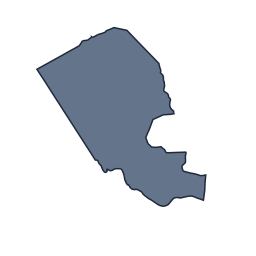 the district of Vanard, Anse-la-Raye, Saint Lucia, rotated 154°
{"feature_id": "8701671B51566327672106", "entity_name": "Vanard", "entity_type": "district", "adm_level": 2, "iso_a3": "LCA", "parent_name": "Saint Lucia", "parent_adm1": "Anse-la-Raye", "projection": "mercator", "projection_center": [-60.995, 13.938], "detail": "fine", "context": "isolated", "style": "filled", "palette": "slate", "viewbox_px": 256, "rotation_deg": 154, "n_neighbors": 0, "source": "geoboundaries", "source_scale": "gbopen_adm2", "svg_char_len": 3976}
<svg xmlns="http://www.w3.org/2000/svg" viewBox="0 0 256 256"><g transform="rotate(154 128 128)"><path d="M86.7,81.0L95.4,84.9L102.2,87.9L102.8,88.2L103.0,88.3L103.4,88.5L104.1,88.9L104.2,89.0L104.3,89.3L104.6,89.8L104.6,90.1L104.7,90.7L104.7,91.0L104.5,91.6L104.5,91.8L104.5,92.0L104.7,92.4L104.7,92.7L104.9,93.1L105.1,93.3L105.3,93.9L105.5,94.2L105.8,94.9L106.0,95.3L106.1,95.5L106.4,96.6L107.5,97.0L109.3,97.6L111.7,98.5L112.5,99.0L115.2,100.6L116.1,103.3L116.7,104.6L116.9,105.2L116.2,111.6L114.1,113.5L112.6,114.8L109.5,117.4L101.8,124.7L90.5,124.4L85.4,122.3L83.4,121.5L83.2,121.4L81.5,121.0L80.4,120.7L80.4,121.1L80.5,121.4L80.4,121.7L80.1,122.2L79.9,122.5L79.8,122.9L79.6,123.2L79.7,123.3L79.8,123.5L80.0,124.0L80.5,125.3L80.7,125.7L80.9,127.0L80.9,127.4L81.0,127.9L80.9,128.7L80.7,129.5L80.2,130.9L80.0,131.3L79.8,131.6L79.4,132.1L79.0,132.9L78.2,133.8L77.7,134.4L77.4,135.0L77.2,135.3L77.4,136.4L77.8,137.5L77.8,138.2L77.7,138.8L77.3,139.9L77.3,140.2L77.4,141.0L77.4,141.4L77.5,141.6L77.8,142.3L78.7,143.8L79.1,144.5L79.4,144.9L79.4,145.6L79.4,146.0L79.3,146.3L78.9,147.0L78.2,147.9L77.0,149.3L76.5,150.1L75.9,152.1L75.7,152.5L75.3,153.3L75.3,154.0L75.2,155.2L74.8,156.3L74.7,156.7L74.3,157.3L73.7,158.6L73.6,160.4L74.1,161.9L74.3,162.5L74.4,162.9L74.6,163.6L74.3,163.9L73.6,164.7L73.2,165.9L73.1,166.9L73.1,167.4L72.9,168.1L72.7,169.1L72.5,170.5L72.4,170.8L72.2,171.9L71.9,172.5L72.1,172.8L72.1,173.0L77.6,189.7L85.7,214.7L86.1,215.8L86.2,216.3L96.6,224.4L99.3,224.5L102.0,224.7L104.7,224.9L105.7,224.6L106.5,224.1L108.9,224.3L110.9,224.6L113.0,225.0L115.4,225.1L117.4,224.9L118.9,225.0L120.6,225.4L120.8,225.4L120.9,225.8L121.0,225.6L121.1,225.4L122.9,225.3L123.8,225.0L124.8,224.8L125.6,224.7L126.8,225.0L129.7,226.0L130.9,226.0L131.2,226.0L132.0,225.6L132.7,225.0L134.3,224.1L135.7,223.3L184.1,220.7L183.9,219.7L183.9,219.1L182.1,204.5L181.2,196.4L181.1,195.9L181.1,195.6L176.2,154.2L171.6,115.3L171.4,113.5L170.9,113.2L170.4,112.9L170.2,112.8L170.0,112.6L169.4,112.1L169.5,111.5L169.6,110.4L169.6,109.6L169.6,108.7L169.2,107.3L169.0,106.7L168.7,106.0L168.7,105.6L168.7,105.1L168.8,104.9L168.8,104.6L168.9,104.1L168.9,103.5L169.0,101.9L169.0,101.1L168.6,99.2L168.1,98.2L167.2,97.9L166.7,98.0L166.4,98.0L165.8,98.2L165.4,99.3L165.2,99.9L165.1,100.0L164.7,100.1L164.4,99.6L163.9,98.9L163.7,98.7L163.1,97.9L163.0,97.6L162.4,97.3L161.9,97.1L160.9,96.9L159.7,96.9L158.6,97.0L157.7,97.0L157.3,97.0L157.1,97.0L156.2,96.4L154.5,95.7L153.6,95.1L152.8,94.7L152.6,94.5L152.2,94.0L152.0,93.2L151.8,92.6L151.8,90.9L152.0,89.5L152.1,88.6L152.2,87.9L152.4,86.8L152.7,85.8L152.9,85.0L153.1,84.3L153.4,83.6L153.5,83.0L153.6,82.3L153.6,81.9L153.6,81.3L153.3,81.0L153.8,79.7L153.7,79.4L153.4,77.4L153.1,77.0L153.0,76.8L152.8,76.8L152.4,76.7L152.3,75.3L152.2,74.9L152.2,74.7L152.2,74.0L151.7,72.3L151.5,71.9L151.3,71.5L151.1,71.3L150.1,70.4L149.8,70.2L149.3,69.8L148.3,69.5L148.0,69.5L147.2,69.1L146.0,67.8L145.7,67.5L144.4,65.5L143.8,64.5L143.7,64.4L143.5,62.8L143.4,61.7L142.4,59.5L141.6,57.9L140.6,55.9L138.4,52.7L135.4,47.4L134.1,45.3L132.8,43.9L131.1,42.5L129.3,41.8L128.2,41.6L126.6,41.5L125.1,41.7L123.2,42.5L121.2,43.4L119.4,44.2L117.6,44.8L116.1,44.6L114.7,44.2L113.1,43.4L112.6,42.6L110.3,41.8L108.0,41.3L105.4,40.7L102.1,39.7L100.3,38.7L98.1,36.6L96.7,34.9L93.9,32.1L91.9,30.0L86.7,37.8L86.6,38.0L86.4,38.3L86.1,38.8L85.8,39.3L85.7,39.6L85.5,40.0L85.3,40.4L85.0,40.8L84.9,41.0L84.5,41.8L84.0,42.7L83.9,42.9L83.7,43.2L83.7,43.3L83.1,44.4L82.6,45.3L82.3,45.7L82.0,46.2L79.4,50.6L78.7,51.7L82.0,52.6L84.1,53.6L84.5,54.1L84.9,54.7L85.4,55.1L85.8,55.5L86.4,56.0L87.6,57.1L89.1,58.3L91.3,59.9L91.9,60.4L96.0,63.9L96.6,64.5L97.1,65.1L97.2,65.5L97.2,66.4L97.1,66.9L97.1,67.4L96.8,68.0L96.8,68.4L96.6,68.9L96.3,69.9L95.6,70.3L95.4,70.4L94.3,70.9L92.8,71.3L92.4,71.5L91.9,71.6L91.7,71.7L91.3,72.2L91.3,72.3L90.4,73.9L89.6,75.8L89.2,76.5L88.8,77.4L88.3,78.3L87.9,78.6L87.3,79.4L86.9,80.0L86.7,80.3L86.7,80.9L86.7,81.0Z" fill="#64748b" stroke="#1e293b" stroke-width="1.5"/></g></svg>